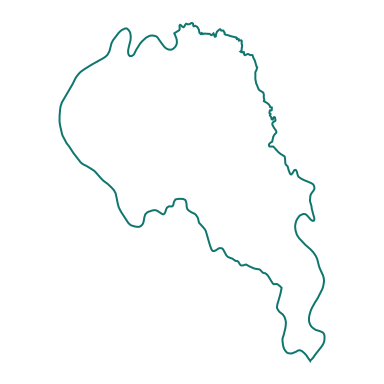 the district of Nhon Trach, Hồ Chí Minh city, Vietnam
{"feature_id": "81297802B6615511759285", "entity_name": "Nhon Trach", "entity_type": "district", "adm_level": 2, "iso_a3": "VNM", "parent_name": "Vietnam", "parent_adm1": "Hồ Chí Minh city", "projection": "equal_earth", "projection_center": [106.926, 10.654], "detail": "fine", "context": "isolated", "style": "outline", "palette": "teal", "viewbox_px": 384, "rotation_deg": 0, "n_neighbors": 0, "source": "geoboundaries", "source_scale": "gbopen_adm2", "svg_char_len": 5922}
<svg xmlns="http://www.w3.org/2000/svg" viewBox="0 0 384 384"><path d="M310.2,361.0L310.4,360.5L313.0,357.9L315.1,354.8L321.4,346.8L323.1,344.2L323.9,342.3L324.3,340.7L324.5,338.9L324.5,335.9L324.2,334.7L323.8,333.7L323.2,332.9L322.3,332.2L319.7,331.1L315.8,329.9L314.7,329.3L312.8,327.9L311.6,326.8L310.6,325.4L309.8,323.8L309.0,320.9L309.0,319.4L309.1,316.8L309.7,314.1L310.9,310.2L312.0,307.8L315.0,302.4L317.6,298.4L322.2,289.3L323.0,287.1L323.8,283.0L324.0,280.8L323.7,277.8L322.8,275.0L319.8,268.4L319.0,266.2L317.2,259.0L315.8,256.0L313.2,252.2L310.7,249.5L305.2,244.7L299.0,238.1L296.9,234.8L295.8,231.4L295.4,229.5L295.1,226.2L295.6,223.1L296.3,220.8L297.1,219.2L298.9,216.6L299.9,215.5L302.2,214.4L303.3,214.0L305.1,214.1L306.1,214.6L307.5,215.9L310.8,219.7L311.5,220.2L312.8,220.9L313.9,220.6L314.1,220.3L314.4,218.7L311.8,208.9L311.4,205.9L310.0,201.2L310.0,199.8L310.4,195.6L311.1,193.9L314.0,189.9L314.3,189.0L314.4,188.2L314.3,186.8L313.8,185.4L313.3,184.6L312.4,183.8L309.9,182.5L304.2,180.2L300.9,178.5L298.5,176.8L297.6,174.8L296.9,171.8L296.2,170.5L295.7,169.9L294.8,170.0L294.3,170.2L292.6,173.0L291.5,174.4L290.8,174.4L290.1,173.8L288.7,170.4L287.9,167.3L287.5,166.2L286.0,164.8L285.6,164.2L285.3,162.8L285.0,158.0L284.5,156.3L280.5,153.9L279.3,152.9L278.0,151.8L276.9,150.4L276.1,149.8L275.8,149.2L273.2,146.5L269.7,146.5L269.1,146.0L268.9,144.7L269.3,143.8L270.6,142.6L272.2,141.7L273.2,136.9L274.4,134.7L276.2,132.8L276.4,131.9L276.0,130.6L274.0,127.8L272.4,124.8L272.3,124.2L272.4,123.2L272.9,122.4L274.0,121.6L274.9,121.2L275.4,120.6L275.4,119.9L275.0,117.5L274.3,117.1L273.9,117.2L273.4,117.6L272.8,119.5L272.3,119.6L271.6,119.2L271.4,118.6L271.4,118.2L271.1,117.1L270.2,115.8L269.9,115.5L269.9,115.0L270.5,114.4L270.5,113.9L269.5,113.2L269.4,112.7L269.8,110.7L270.0,110.3L271.5,110.4L271.7,110.2L271.9,107.5L271.7,107.4L270.2,107.2L270.0,106.8L269.8,105.8L268.8,104.4L267.9,103.6L266.1,102.4L263.9,101.2L263.9,100.8L264.2,100.5L264.3,100.0L263.7,97.2L263.9,95.7L263.5,93.1L262.9,92.3L259.4,90.2L258.7,89.4L257.4,86.3L257.2,85.5L256.2,83.5L255.3,78.6L255.4,76.2L255.3,72.3L256.6,69.7L256.9,67.9L257.2,67.3L256.8,66.9L256.4,66.1L254.8,60.5L253.5,58.1L252.5,55.2L252.1,55.0L250.4,55.1L249.8,54.9L248.5,54.1L247.6,54.0L245.1,55.2L244.4,54.8L244.2,54.6L244.0,52.5L243.8,52.1L243.1,52.6L242.3,51.9L241.3,52.2L240.4,51.6L241.0,51.1L241.6,50.1L241.7,49.5L241.7,47.9L242.1,46.9L242.0,44.7L241.6,43.5L241.8,41.4L241.7,40.8L241.2,40.3L238.9,40.6L238.7,39.1L237.0,39.1L236.9,38.2L236.4,38.2L236.3,37.5L230.0,36.0L229.4,35.6L225.4,34.6L224.6,34.1L224.6,32.6L224.3,32.1L223.7,31.6L223.5,30.7L223.1,30.5L221.2,30.6L220.4,29.3L219.5,29.4L219.1,29.7L217.0,31.7L216.1,34.1L215.9,34.9L215.9,36.2L215.6,36.6L214.8,36.7L213.5,33.4L211.7,35.2L211.0,35.0L209.7,33.9L204.0,33.6L203.7,33.6L203.0,34.1L202.6,34.1L202.2,33.8L202.0,33.2L201.6,33.0L201.4,33.2L201.1,34.1L200.8,34.1L199.4,32.7L198.9,29.8L197.6,27.3L197.1,26.8L195.2,25.8L194.3,26.2L193.6,26.3L193.4,26.0L193.0,23.7L192.5,23.2L191.3,23.0L190.3,23.8L188.8,24.3L187.7,24.3L186.6,23.8L186.0,23.8L185.0,25.1L184.2,26.7L183.6,27.2L182.8,27.0L182.2,26.6L180.9,25.2L180.2,24.8L179.8,25.1L179.6,25.4L179.5,26.0L179.7,29.0L179.4,29.9L179.2,30.2L174.3,33.3L176.2,37.9L176.7,39.6L176.9,42.0L176.8,43.3L176.6,44.3L175.5,46.5L173.7,48.4L172.5,49.2L171.3,49.6L170.0,49.7L168.5,49.5L167.1,48.9L165.7,48.1L164.3,46.8L161.9,43.7L157.4,37.3L155.9,36.2L155.1,36.0L152.6,35.5L150.6,35.6L149.2,36.0L145.9,37.8L142.1,41.3L140.1,43.6L136.1,50.0L134.1,54.1L133.7,54.6L133.1,55.2L131.6,56.0L130.7,56.1L129.8,56.0L128.9,55.2L128.5,54.4L128.1,52.3L128.2,49.9L128.9,46.6L130.3,41.0L130.6,39.3L130.7,37.5L130.6,35.0L130.3,33.3L130.1,32.5L129.4,31.2L128.5,30.0L127.6,29.1L126.9,28.6L126.2,28.4L124.7,28.6L121.7,30.1L120.0,31.5L118.4,33.2L113.1,40.1L111.5,43.2L109.4,51.3L107.4,54.9L105.5,56.7L103.1,58.3L92.1,64.4L84.5,69.1L81.4,71.3L80.0,72.5L78.3,74.3L76.2,77.1L75.5,78.2L72.6,84.1L61.9,102.4L60.6,106.3L60.2,108.7L59.6,115.3L59.5,120.7L59.7,123.0L60.3,126.5L62.0,133.9L62.6,135.7L66.6,143.2L69.3,146.7L73.4,153.0L80.5,162.2L81.3,163.0L83.3,164.4L86.4,165.9L91.0,168.7L94.2,170.8L96.0,172.6L100.8,178.1L103.2,180.6L107.8,184.0L111.6,187.6L114.0,190.3L115.6,193.3L116.5,197.3L117.7,203.4L118.7,207.2L120.9,211.6L128.2,222.8L129.8,224.4L131.2,225.4L135.0,226.5L136.9,226.8L139.0,226.9L141.2,225.8L142.4,224.4L143.1,223.3L143.6,221.6L144.4,217.1L145.3,214.3L147.3,212.3L148.7,211.7L152.3,210.5L153.8,210.2L155.2,210.2L156.2,210.4L157.6,211.0L161.2,213.4L162.4,214.1L163.0,214.3L163.7,214.2L164.6,213.4L165.2,212.4L166.2,209.2L167.0,207.6L168.9,206.4L169.6,206.3L171.8,206.5L172.3,206.2L173.0,205.6L173.3,204.8L173.9,202.2L174.2,201.5L175.1,199.9L175.6,199.4L178.1,198.9L181.9,198.9L183.2,199.0L185.2,199.9L185.8,201.0L186.5,203.6L186.7,206.9L187.2,208.8L188.5,210.4L189.9,211.3L191.4,212.3L194.5,213.7L195.4,214.3L197.4,217.0L198.1,218.8L199.0,222.7L203.1,227.2L204.9,229.4L205.8,231.0L209.8,244.8L211.0,248.3L211.9,250.1L212.4,250.7L213.1,251.0L214.0,251.1L215.9,250.3L218.4,248.6L219.2,248.2L220.2,248.1L221.9,248.3L222.7,248.9L223.2,249.6L226.4,255.4L227.3,256.4L228.4,257.2L232.3,258.6L235.5,260.9L237.1,261.0L237.8,261.3L238.5,262.0L239.9,264.4L240.4,264.9L241.1,265.4L241.9,265.5L243.5,265.3L245.6,264.6L246.1,264.5L249.2,266.3L254.5,268.6L259.4,269.4L260.1,269.8L262.5,272.4L263.1,272.8L265.3,273.3L266.2,273.9L267.3,274.9L268.0,275.7L271.7,281.8L273.2,283.9L273.9,284.2L276.0,284.0L277.1,284.1L277.7,284.4L279.9,286.1L281.6,287.9L280.6,293.0L278.7,299.9L277.4,304.2L277.0,306.8L277.0,307.6L277.4,308.9L278.3,310.4L279.7,312.1L282.8,314.5L283.8,315.9L284.6,317.3L285.4,319.7L285.9,322.0L285.8,324.5L285.4,328.0L283.6,335.3L282.5,338.6L282.5,341.1L282.9,344.0L283.4,346.9L284.2,349.0L285.5,351.0L286.7,352.4L288.2,353.2L290.7,353.5L292.5,353.2L295.9,351.8L297.9,350.6L299.4,350.2L301.5,350.8L304.1,352.9L306.1,355.0L310.2,361.0Z" fill="none" stroke="#0f766e" stroke-width="2"/></svg>